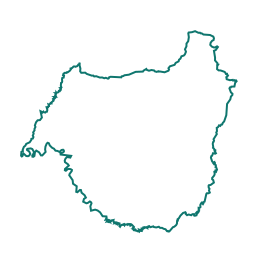 outline of Blora, Jawa Tengah, Indonesia, rotated 95°
{"feature_id": "22746128B85780086903212", "entity_name": "Blora", "entity_type": "district", "adm_level": 2, "iso_a3": "IDN", "parent_name": "Indonesia", "parent_adm1": "Jawa Tengah", "projection": "albers", "projection_center": [111.399, -7.111], "detail": "fine", "context": "isolated", "style": "outline", "palette": "teal", "viewbox_px": 256, "rotation_deg": 95, "n_neighbors": 0, "source": "geoboundaries", "source_scale": "gbopen_adm2", "svg_char_len": 5795}
<svg xmlns="http://www.w3.org/2000/svg" viewBox="0 0 256 256"><g transform="rotate(95 128 128)"><path d="M87.7,28.2L86.0,26.9L84.8,26.9L83.5,28.6L79.7,30.4L78.7,30.0L78.6,29.1L77.8,28.7L77.4,25.6L73.7,25.2L71.9,23.9L71.1,24.6L71.7,25.6L71.1,26.1L71.6,27.4L70.9,27.8L71.5,30.7L70.8,33.9L68.8,34.5L68.1,33.5L66.9,33.0L66.6,33.8L65.4,34.1L65.6,35.2L64.1,36.1L63.5,37.2L62.6,40.8L62.7,42.7L61.6,44.4L58.4,44.5L57.1,43.8L57.1,44.6L55.7,44.5L53.1,47.2L50.3,47.4L43.6,49.1L42.7,47.4L39.5,45.5L38.9,46.4L40.1,48.2L40.3,49.4L39.6,51.6L38.0,53.3L35.8,53.1L33.8,51.8L32.9,50.4L31.1,50.2L29.5,51.0L28.2,54.4L28.3,61.0L27.3,62.8L27.4,64.0L26.8,64.6L27.0,66.2L25.7,69.6L27.0,72.7L27.6,75.9L28.4,76.2L32.2,75.3L36.3,75.6L38.8,77.1L41.6,76.9L44.6,78.1L47.0,76.9L49.8,77.8L51.0,78.8L51.9,81.0L54.3,81.8L55.5,83.1L57.2,83.4L59.0,86.2L61.0,87.1L62.9,91.6L64.9,92.9L66.1,92.2L67.4,92.7L69.3,96.4L68.9,101.4L69.2,102.1L68.8,102.7L69.6,104.3L69.2,106.3L68.4,107.0L68.2,109.7L69.1,112.1L68.4,114.5L67.6,114.9L69.4,117.4L70.5,118.1L71.4,125.3L74.8,131.7L75.8,136.2L76.6,137.1L77.1,138.8L78.1,139.1L78.5,149.8L79.1,151.2L80.2,151.5L80.6,152.2L79.9,154.5L80.5,156.0L79.9,158.1L80.2,160.4L79.2,164.1L79.6,166.2L78.8,167.1L79.0,168.6L77.7,173.8L76.6,175.4L77.1,179.4L75.7,180.6L72.9,180.6L69.8,181.7L67.1,181.8L69.3,182.4L69.2,183.0L70.8,184.0L71.6,185.7L71.3,186.3L71.5,187.6L73.0,188.8L73.7,190.3L74.3,189.9L76.1,191.0L77.9,193.1L77.7,193.6L78.5,194.3L78.5,195.7L79.5,197.0L81.1,197.3L81.3,196.3L82.3,196.4L83.4,196.5L83.8,197.8L85.1,198.0L87.3,197.6L88.4,197.8L88.9,198.6L91.8,198.6L93.3,197.9L93.9,199.0L94.3,198.2L96.0,198.3L96.7,198.8L96.2,199.1L96.9,199.3L97.0,200.1L97.8,200.1L98.6,200.8L98.9,202.1L99.4,202.3L98.9,202.7L99.7,202.7L99.7,203.3L100.2,202.7L101.6,203.4L102.6,202.5L103.0,202.8L102.6,203.3L103.1,203.7L103.3,203.3L103.4,203.9L103.9,202.8L104.8,203.5L104.8,204.6L105.4,205.1L105.6,204.7L107.0,205.0L106.9,204.5L107.4,204.6L108.9,206.3L110.1,206.3L109.9,207.3L110.6,207.4L111.3,208.7L111.8,208.7L111.6,209.2L113.1,208.6L113.7,209.6L114.3,209.5L114.4,210.9L117.1,209.9L118.8,210.2L118.9,211.0L119.8,211.7L119.6,213.4L119.1,213.7L120.2,214.7L119.4,215.3L118.9,216.6L125.1,214.7L127.8,216.4L128.2,218.7L130.3,220.1L133.6,221.0L135.0,220.3L137.1,221.1L138.5,220.9L140.6,222.1L141.9,221.5L143.9,222.2L145.2,221.4L146.8,221.9L147.2,223.3L148.3,223.3L150.8,224.7L152.7,228.0L154.5,228.7L155.9,230.1L158.9,231.0L160.2,230.7L161.0,232.1L164.9,232.1L165.6,231.4L165.3,230.8L162.5,229.9L164.8,226.9L164.8,225.1L163.9,223.8L162.1,223.2L160.0,224.4L158.8,226.6L158.0,226.8L157.5,226.3L156.8,223.1L157.3,221.5L159.9,219.7L161.4,219.7L163.6,221.0L164.9,220.7L164.9,219.7L164.0,218.8L160.3,218.6L158.5,217.4L160.0,214.4L162.9,212.3L162.8,211.0L159.0,208.0L156.6,208.7L153.7,208.6L150.6,207.6L149.7,206.7L150.1,205.5L152.2,204.4L154.3,201.9L155.1,199.9L156.9,198.3L157.0,196.2L157.8,194.2L155.7,192.3L155.3,190.8L155.9,190.0L157.1,189.8L158.0,190.7L159.0,193.1L160.3,192.8L160.7,182.2L162.5,182.9L162.2,186.2L163.9,187.6L166.0,188.2L167.5,187.8L169.4,184.6L170.6,183.7L174.3,187.2L175.6,187.2L176.0,186.2L174.3,184.5L173.9,183.3L174.0,181.5L174.7,180.2L175.8,180.3L178.9,182.2L180.2,182.4L184.8,178.6L188.3,177.9L190.5,174.0L196.1,174.0L196.4,172.8L193.9,170.5L193.9,169.5L196.5,168.6L198.7,165.4L201.0,163.9L202.5,165.7L205.3,166.2L206.6,162.9L206.2,161.6L204.5,159.6L205.3,158.2L206.2,157.8L209.2,158.7L213.6,157.6L212.2,153.6L212.8,151.1L214.5,148.4L218.1,145.6L218.0,141.8L219.1,141.5L221.3,142.3L220.9,141.0L221.8,140.5L222.8,140.9L222.1,139.5L223.2,139.9L223.4,139.0L222.4,138.9L223.0,137.9L221.6,138.5L222.2,136.6L221.4,136.2L221.0,134.8L221.6,135.1L221.6,134.4L223.2,133.9L223.1,132.3L223.9,132.8L223.6,131.9L224.3,131.5L223.9,131.2L224.6,130.5L224.0,130.4L224.2,129.7L223.5,129.7L223.8,128.1L226.5,128.0L227.1,127.3L225.7,126.6L225.0,125.7L225.0,124.6L224.4,124.4L224.0,123.5L225.2,122.9L224.4,122.4L224.1,120.8L224.5,120.3L223.8,119.8L224.1,119.3L223.7,118.9L224.2,118.0L223.5,117.7L223.5,116.9L225.0,116.9L224.2,115.5L226.1,113.4L226.9,113.7L227.1,114.2L228.0,113.6L228.2,114.2L228.7,113.2L229.6,114.2L228.6,112.4L229.1,112.2L228.7,111.6L229.7,110.9L229.5,110.2L230.0,109.6L229.6,109.0L230.3,107.9L228.9,107.5L228.4,107.8L228.7,106.9L228.4,106.6L229.4,106.3L229.4,105.7L228.7,106.1L228.5,105.3L227.1,105.5L227.4,104.5L225.7,104.2L225.4,103.1L226.2,102.9L225.4,101.5L225.9,100.3L225.1,100.6L225.0,99.3L224.2,99.2L223.9,98.3L224.9,97.2L223.8,94.2L224.4,93.6L224.6,91.2L223.7,88.7L224.7,87.3L224.5,85.4L225.3,83.7L225.6,81.8L227.3,80.2L227.1,79.2L227.5,79.0L227.8,79.6L227.4,77.8L222.9,74.6L222.3,73.3L220.6,71.6L219.0,70.9L216.4,71.0L216.2,70.4L214.8,70.1L215.0,70.7L214.6,70.7L213.4,69.4L210.8,68.2L207.8,65.7L206.9,63.5L207.7,62.9L208.6,63.0L209.7,61.6L208.9,60.0L209.4,57.4L208.3,56.4L208.1,55.5L208.2,54.6L209.4,54.5L209.6,53.8L209.0,52.2L208.2,52.2L206.2,50.9L206.5,52.6L205.3,51.7L204.5,50.3L203.5,49.9L203.0,50.5L201.3,50.7L201.3,49.7L200.4,48.9L198.5,49.3L196.8,48.7L196.0,48.1L197.3,46.7L196.5,46.3L195.4,46.6L194.7,45.3L186.8,44.2L186.1,43.7L186.0,42.1L185.2,40.9L183.2,41.9L181.5,41.5L180.4,42.4L178.6,42.7L178.0,42.5L177.5,40.7L174.9,37.7L172.4,38.6L171.7,39.7L170.4,39.8L167.8,38.0L166.2,37.6L164.0,38.2L163.7,37.9L164.0,36.7L163.2,36.8L163.5,36.4L161.7,35.7L158.9,37.0L159.0,37.3L157.4,37.2L156.7,38.2L156.0,38.3L156.6,39.0L155.8,39.8L154.9,38.9L154.5,39.0L155.0,39.7L154.1,41.2L150.4,42.8L148.8,42.6L148.3,41.8L145.7,41.1L146.0,38.9L145.5,38.2L143.7,39.5L143.2,39.0L142.5,39.1L142.5,40.0L141.4,40.3L140.3,41.6L139.7,41.4L136.4,42.2L134.6,42.0L134.3,41.5L133.1,41.2L131.7,41.8L126.3,39.0L124.8,39.7L123.4,39.1L120.1,39.6L119.3,38.4L117.4,37.5L117.9,36.3L116.4,35.4L116.3,34.5L114.6,34.0L113.1,32.8L106.7,31.2L95.4,31.4L90.6,28.6L87.7,28.2Z" fill="none" stroke="#0f766e" stroke-width="2"/></g></svg>